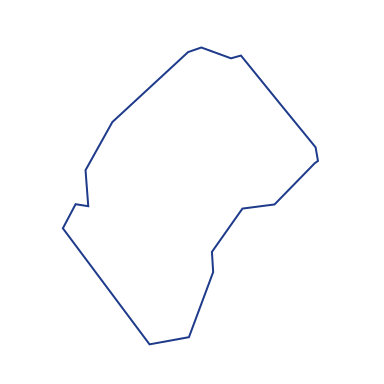 outline of Taylor, West Virginia, United States of America, rotated 143°
{"feature_id": "52423323B92810723022210", "entity_name": "Taylor", "entity_type": "district", "adm_level": 2, "iso_a3": "USA", "parent_name": "United States of America", "parent_adm1": "West Virginia", "projection": "equal_earth", "projection_center": [-80.076, 39.345], "detail": "fine", "context": "isolated", "style": "outline", "palette": "blue", "viewbox_px": 384, "rotation_deg": 143, "n_neighbors": 0, "source": "geoboundaries", "source_scale": "gbopen_adm2", "svg_char_len": 396}
<svg xmlns="http://www.w3.org/2000/svg" viewBox="0 0 384 384"><g transform="rotate(143 192 192)"><path d="M72.7,141.0L66.4,153.3L68.6,209.9L70.8,271.5L80.4,275.3L97.6,301.8L110.9,306.1L213.5,295.8L263.9,273.5L283.4,243.1L292.3,252.3L317.0,240.7L317.6,95.9L281.8,77.9L223.3,115.3L212.1,132.2L161.7,148.4L133.6,132.4L76.8,141.1L72.7,141.0Z" fill="none" stroke="#1e3a8a" stroke-width="2"/></g></svg>